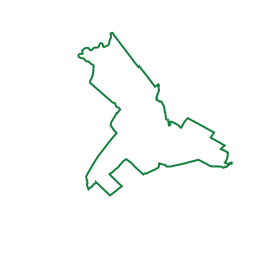 Mastacani, Galati, Romania, rotated 234°
{"feature_id": "2599482B23986307623685", "entity_name": "Mastacani", "entity_type": "district", "adm_level": 2, "iso_a3": "ROU", "parent_name": "Romania", "parent_adm1": "Galati", "projection": "orthographic", "projection_center": [28.041, 45.785], "detail": "fine", "context": "isolated", "style": "outline", "palette": "green", "viewbox_px": 256, "rotation_deg": 234, "n_neighbors": 0, "source": "geoboundaries", "source_scale": "gbopen_adm2", "svg_char_len": 5701}
<svg xmlns="http://www.w3.org/2000/svg" viewBox="0 0 256 256"><g transform="rotate(234 128 128)"><path d="M214.0,171.4L214.5,170.4L214.6,170.0L214.5,169.6L214.5,169.3L213.8,168.9L213.2,168.7L211.8,167.8L211.2,167.3L211.0,167.1L209.9,165.0L209.5,164.4L208.4,163.2L207.6,162.6L207.2,162.0L207.0,161.6L206.7,161.1L206.6,160.4L206.6,160.0L206.8,159.3L207.0,158.7L207.3,157.7L207.5,156.4L207.7,156.1L208.1,155.9L208.4,155.8L208.7,155.8L209.9,156.5L210.6,156.7L210.9,156.7L211.9,156.6L212.2,156.3L212.6,155.9L212.7,155.5L212.7,155.2L212.7,154.9L212.4,154.2L211.6,153.1L211.2,152.2L211.0,151.6L211.0,151.2L211.1,150.6L211.4,150.0L212.1,149.1L212.5,148.5L212.6,148.1L212.8,147.8L212.8,146.7L212.8,146.0L212.6,145.3L212.5,144.3L212.6,143.8L212.8,143.5L213.3,143.3L213.5,143.1L215.5,143.0L216.1,142.9L216.6,142.4L217.6,140.7L217.8,139.0L217.6,136.7L217.3,136.2L216.9,135.9L216.1,135.5L215.4,135.4L215.0,135.2L214.9,134.8L215.0,134.4L215.1,134.1L215.4,133.7L215.8,133.2L216.1,132.6L216.3,132.1L216.3,131.4L216.2,131.1L215.8,130.5L214.8,130.0L214.5,130.0L214.2,130.0L213.2,130.5L212.2,131.3L211.6,131.6L210.3,133.0L209.9,133.1L209.5,133.2L209.2,133.2L208.7,133.2L208.0,133.1L207.5,133.2L207.1,133.3L206.0,134.0L205.2,134.9L204.7,135.2L204.3,135.4L203.9,135.5L202.2,135.5L201.9,135.6L201.4,135.9L200.9,136.1L200.4,136.4L199.8,136.7L199.4,136.9L199.0,137.0L198.7,136.9L198.3,136.6L198.0,136.4L197.7,136.1L197.3,135.7L196.1,134.7L194.5,133.6L193.9,133.0L192.7,131.7L191.4,130.5L191.0,129.9L190.5,129.2L189.5,127.5L188.8,125.9L188.2,124.9L187.6,124.5L187.4,124.3L186.8,123.9L186.1,124.1L184.7,124.4L158.2,130.4L157.6,130.6L157.2,130.8L156.0,131.9L155.7,132.0L155.4,132.0L153.5,131.3L153.0,131.2L152.5,131.1L151.9,131.1L151.5,131.2L150.7,131.8L150.1,132.2L149.7,132.4L148.8,132.5L147.7,132.6L146.8,129.9L146.3,127.7L146.7,127.6L145.8,125.5L143.5,120.2L142.2,117.4L140.2,115.3L135.6,115.5L135.0,115.2L134.6,115.3L134.5,115.2L134.0,115.3L133.7,115.5L133.4,115.5L132.4,115.6L131.5,115.7L130.5,115.7L130.1,113.6L128.8,108.4L128.6,107.4L127.5,103.4L126.7,100.9L126.6,100.5L122.9,88.0L120.5,81.5L115.9,71.0L114.8,68.5L113.2,65.5L107.1,62.8L106.9,61.6L102.8,60.3L101.7,60.0L101.9,60.7L102.0,60.9L101.7,62.4L101.7,62.8L101.7,63.2L101.8,63.7L102.0,64.5L102.1,65.8L102.2,66.3L102.4,66.7L102.7,67.2L102.7,67.3L102.5,68.1L102.4,69.0L102.5,69.4L102.7,69.7L102.9,69.9L103.2,70.2L102.6,70.3L101.3,70.6L100.1,70.9L99.5,71.1L99.2,71.1L98.7,71.1L95.2,71.7L90.1,72.7L89.4,72.8L84.1,73.7L84.0,73.8L84.2,81.6L84.3,82.1L84.4,84.0L84.5,88.7L87.0,88.3L90.6,87.6L96.7,86.6L100.8,86.0L101.5,85.9L101.7,86.1L101.6,87.3L101.4,88.7L101.4,89.2L101.7,91.5L101.8,92.0L102.0,93.0L102.0,93.8L102.0,95.6L101.9,96.1L101.9,96.8L102.1,97.5L102.6,99.1L102.8,99.7L103.1,101.0L103.2,101.4L103.3,102.0L103.4,102.5L103.7,103.0L103.7,103.5L103.8,104.1L103.9,104.9L103.9,106.1L103.9,106.6L103.9,107.0L103.9,107.3L103.8,107.7L103.8,108.3L101.5,109.0L99.3,109.8L98.1,110.0L96.3,110.4L93.4,110.7L92.5,110.8L89.1,111.5L88.2,111.7L87.4,111.9L85.4,112.3L83.4,112.7L81.5,113.1L81.6,113.4L81.6,113.9L81.5,114.3L81.4,114.6L81.4,115.0L80.5,115.7L80.4,115.9L80.4,116.0L80.3,116.7L80.2,117.0L80.0,118.3L79.9,118.7L79.8,119.5L79.7,120.1L79.4,121.5L79.2,122.4L79.2,122.5L79.2,123.2L79.0,123.5L78.7,124.5L78.6,125.3L78.5,125.9L78.5,126.4L78.3,127.0L78.2,128.5L78.2,129.2L78.3,129.5L78.5,129.8L78.9,130.5L79.2,130.8L79.3,130.9L79.9,131.3L80.8,132.0L81.0,132.2L81.1,132.4L81.0,132.5L80.0,133.2L79.1,134.0L78.0,134.8L77.5,135.3L76.0,136.6L75.4,136.4L75.2,136.4L74.8,136.3L74.6,136.4L74.4,136.4L74.2,136.6L73.6,137.3L72.7,138.5L72.1,139.3L72.0,139.5L71.9,139.7L71.8,140.0L71.6,140.2L71.5,140.6L71.4,140.9L71.1,141.6L70.7,142.5L70.2,143.6L69.3,145.6L68.5,147.4L68.2,148.0L67.2,150.3L66.5,151.9L65.3,155.1L64.5,157.2L63.0,160.9L61.4,165.0L60.9,166.2L60.7,166.4L60.7,166.5L59.9,166.8L58.5,167.5L57.2,168.2L56.8,168.4L56.0,168.8L55.3,169.1L53.5,170.1L49.9,171.6L49.6,171.7L48.7,172.3L48.1,172.8L47.8,173.2L47.5,173.5L46.7,174.6L45.4,176.3L44.9,177.0L43.1,179.3L41.8,180.8L41.4,181.1L40.1,181.5L39.9,181.7L39.8,181.9L39.4,182.9L38.9,184.6L39.0,184.6L38.6,185.1L38.9,187.3L39.0,187.9L38.9,188.7L38.2,191.1L39.2,191.5L39.6,190.4L39.8,189.2L40.5,187.3L41.1,187.0L41.5,186.9L41.8,186.8L42.1,186.5L43.1,186.0L43.8,187.9L44.5,189.4L45.0,189.9L45.4,190.6L45.9,191.0L46.3,191.4L46.9,192.3L47.2,192.7L48.3,193.2L48.7,193.5L49.4,194.5L52.1,193.1L56.5,190.7L57.0,196.0L58.7,195.1L59.9,194.6L60.8,194.3L71.6,189.2L72.9,192.6L73.9,195.0L74.9,194.4L77.1,193.4L83.1,190.6L86.4,189.1L87.1,188.7L87.7,188.5L88.2,188.2L89.7,187.4L90.6,187.1L92.2,186.3L93.1,185.7L94.3,185.3L95.2,184.9L95.7,184.6L96.9,184.0L100.0,182.6L100.8,182.2L100.4,179.9L100.1,178.4L99.1,175.8L97.7,173.0L97.0,171.2L97.0,170.9L98.3,170.7L100.2,170.4L100.8,170.2L101.5,170.0L105.3,168.2L105.5,168.1L107.5,166.9L108.2,165.9L107.4,165.5L106.8,164.7L105.5,163.4L106.0,162.7L111.2,165.2L111.4,164.9L111.6,164.7L112.0,164.3L112.5,164.1L112.8,164.2L113.0,164.2L113.4,164.4L114.1,164.8L114.5,165.0L114.8,165.1L115.8,165.7L116.7,166.1L117.3,166.5L117.6,166.7L118.1,167.0L118.1,166.9L118.6,166.9L119.7,167.4L120.8,168.1L123.6,169.5L124.3,169.8L124.5,169.9L126.4,170.1L127.1,170.0L127.5,170.2L128.0,170.4L128.3,170.5L129.7,170.4L130.1,170.3L130.4,169.5L134.4,167.7L134.9,168.6L135.2,169.0L135.4,168.9L135.7,169.2L135.9,168.9L136.0,168.9L136.3,169.4L137.9,171.9L138.0,171.7L139.2,173.7L140.2,175.2L140.5,175.4L142.1,176.0L142.7,176.3L143.4,177.1L143.6,177.0L143.9,177.5L144.3,178.1L145.0,178.2L145.4,178.3L145.5,174.1L147.8,174.0L153.2,174.0L164.4,173.7L165.1,173.5L171.4,173.4L171.2,172.2L178.0,171.9L179.6,172.0L186.8,171.8L195.5,171.6L199.5,171.5L210.8,171.3L213.8,171.3L214.0,171.4Z" fill="none" stroke="#15803d" stroke-width="2"/></g></svg>